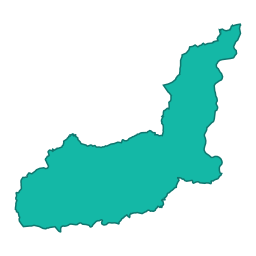 Boita, Sibiu, Romania (Equal Earth projection)
{"feature_id": "2599482B22566018215813", "entity_name": "Boita", "entity_type": "district", "adm_level": 2, "iso_a3": "ROU", "parent_name": "Romania", "parent_adm1": "Sibiu", "projection": "equal_earth", "projection_center": [24.183, 45.583], "detail": "fine", "context": "isolated", "style": "filled", "palette": "teal", "viewbox_px": 256, "rotation_deg": 0, "n_neighbors": 0, "source": "geoboundaries", "source_scale": "gbopen_adm2", "svg_char_len": 5851}
<svg xmlns="http://www.w3.org/2000/svg" viewBox="0 0 256 256"><path d="M240.5,33.4L239.5,28.6L240.0,25.9L240.6,25.1L240.2,24.1L236.3,24.8L233.1,25.8L232.5,25.2L231.5,26.4L231.3,26.4L230.6,28.8L229.9,29.2L230.0,29.8L226.1,30.8L224.1,30.2L222.4,29.1L220.3,29.6L220.5,30.3L219.4,29.8L220.1,32.8L220.2,33.1L220.7,33.1L220.6,33.9L220.5,34.3L219.6,35.1L219.4,35.8L218.4,36.4L217.2,38.8L217.6,39.3L218.0,40.7L214.6,41.4L214.6,41.6L213.4,41.7L213.4,42.4L211.8,43.1L207.8,43.5L204.9,44.7L203.4,43.3L202.6,43.7L201.6,45.0L199.8,45.5L197.8,46.9L195.1,45.0L192.7,46.4L189.7,46.9L189.0,49.7L186.2,53.1L182.1,54.9L182.1,56.4L180.6,60.3L180.6,65.8L180.0,68.8L180.0,71.2L179.6,73.5L179.8,74.3L178.5,75.2L177.2,76.4L176.8,77.2L175.9,78.3L175.7,79.4L172.3,82.2L168.3,84.0L163.4,85.2L168.2,92.1L169.4,93.1L171.3,95.7L171.0,96.0L171.0,99.5L170.5,100.9L168.9,102.3L169.2,106.5L168.8,108.9L167.3,108.3L165.1,110.2L163.9,110.7L163.4,112.0L163.3,114.9L162.0,116.4L162.9,116.8L162.3,117.1L162.5,117.7L161.6,119.6L161.4,121.1L161.9,121.7L161.7,122.2L162.0,122.9L161.8,123.4L163.1,125.0L163.3,126.8L163.3,128.6L163.1,130.5L163.4,131.5L162.2,135.6L161.5,135.4L159.1,135.8L157.7,134.8L154.9,134.7L155.2,133.5L155.0,132.7L152.9,132.6L150.7,130.8L149.6,130.6L148.6,131.4L147.9,131.6L147.1,132.5L141.9,132.7L140.4,133.1L138.9,134.1L137.3,134.2L136.5,135.3L135.4,135.4L134.1,136.4L132.5,136.8L131.3,137.7L130.2,138.0L128.9,138.8L128.4,139.6L127.6,140.3L126.4,140.8L124.7,140.8L123.1,139.8L122.6,139.8L122.2,140.3L121.6,142.3L121.3,142.7L117.8,142.2L114.2,143.6L111.0,144.1L106.8,146.1L105.5,145.9L104.1,146.9L102.4,146.9L101.3,147.5L99.1,147.0L96.7,147.2L96.0,146.8L95.0,145.6L94.4,145.6L92.7,146.2L91.7,145.2L90.6,145.0L87.8,146.1L87.2,146.1L86.1,145.1L81.2,143.7L80.8,143.4L80.5,142.5L79.9,141.6L78.4,140.1L77.8,139.4L77.8,138.0L76.3,136.8L75.6,136.6L75.7,134.9L75.1,134.7L74.2,135.7L73.5,135.8L73.3,135.6L73.4,134.2L72.7,133.9L72.2,134.1L71.7,134.8L70.0,134.9L70.1,136.1L68.7,136.3L68.5,137.5L67.5,138.0L66.9,139.1L63.7,141.2L63.8,142.6L63.2,145.0L62.2,146.0L61.9,147.0L58.4,148.3L57.0,148.3L56.7,149.0L55.6,149.2L54.7,150.1L54.3,150.2L52.8,149.2L52.7,149.7L53.0,151.0L52.8,151.3L51.5,150.4L49.5,150.1L48.4,151.2L48.0,152.0L48.6,152.9L48.6,153.9L49.1,154.9L49.0,155.6L48.6,155.9L47.3,156.4L46.5,157.9L45.7,158.6L45.4,159.4L45.6,160.2L46.4,161.5L46.7,162.5L48.5,166.1L48.2,167.2L47.3,168.3L45.4,168.6L43.8,167.8L39.7,168.4L36.5,169.8L35.1,171.3L33.0,172.8L32.1,173.6L31.3,173.7L29.5,173.0L28.6,173.1L28.0,174.3L27.0,175.4L27.3,176.4L27.2,176.8L26.5,177.2L25.5,177.1L24.5,177.5L22.9,177.4L21.3,179.8L21.0,180.8L21.0,182.4L21.2,183.9L21.1,185.2L21.3,186.0L21.4,188.6L21.0,189.3L19.2,191.3L19.1,192.0L18.6,192.5L18.0,192.9L16.9,192.5L16.1,193.0L16.6,195.3L16.3,197.0L15.8,197.9L16.0,199.2L16.2,199.7L16.8,200.0L16.9,200.6L16.4,201.6L15.9,203.4L15.9,205.1L15.4,208.2L15.6,209.0L15.4,209.3L16.4,210.4L16.6,210.9L16.5,211.7L18.2,212.5L19.1,216.5L19.7,217.1L19.6,218.0L19.1,219.0L19.4,221.1L21.5,224.2L23.4,226.6L29.7,226.0L31.4,226.0L34.0,225.3L39.3,226.5L43.0,228.4L45.6,228.8L46.1,228.7L46.8,228.1L48.6,228.0L49.5,227.5L55.0,226.7L58.1,230.4L59.0,231.3L60.3,231.9L60.7,231.7L60.6,229.1L60.9,227.4L62.0,226.3L62.7,226.2L63.0,225.9L64.4,226.2L66.0,226.0L67.9,225.4L69.4,224.4L70.7,224.0L75.6,224.7L77.2,224.6L78.4,223.6L80.0,222.9L80.9,223.0L82.7,224.2L86.1,224.5L89.0,225.3L89.3,225.5L90.0,226.7L90.8,227.0L92.2,226.2L92.9,224.8L96.1,221.5L97.8,220.7L99.1,220.8L101.2,219.8L101.8,219.9L102.4,220.5L102.2,221.2L101.6,222.4L101.8,223.8L103.1,224.7L104.0,225.0L106.2,224.6L108.3,222.8L109.7,222.7L111.9,223.0L114.8,222.8L117.0,223.3L118.5,223.9L119.0,223.6L118.9,222.7L119.4,221.8L120.9,220.4L121.7,218.9L123.5,217.7L124.8,216.3L126.0,215.7L126.6,215.0L127.4,215.3L128.1,216.5L129.5,217.4L129.8,216.9L129.8,215.3L130.0,214.5L130.9,213.5L131.4,213.8L132.6,213.2L134.7,212.8L135.8,212.9L137.1,212.5L142.1,213.6L145.0,212.0L146.3,211.6L147.2,210.7L148.1,210.2L149.1,210.3L150.5,211.2L151.8,211.0L153.2,211.3L154.1,211.0L155.3,210.2L155.8,208.8L157.2,207.6L157.7,206.4L158.3,206.4L159.9,207.4L160.3,207.3L160.5,206.4L160.8,206.3L161.2,206.5L161.5,207.4L161.8,207.4L162.3,205.7L163.3,204.8L163.5,204.1L162.9,201.2L162.0,200.8L161.7,200.2L162.8,199.3L163.8,199.8L164.9,199.8L165.0,199.3L164.5,198.8L164.3,198.1L165.7,197.1L166.8,195.7L167.3,193.8L167.9,193.2L169.3,192.6L170.7,191.2L172.2,190.2L173.7,188.9L174.5,187.9L176.3,187.3L176.4,185.4L177.8,182.1L179.0,180.4L178.6,179.7L178.7,179.0L177.7,178.3L177.7,177.7L179.5,177.7L180.9,178.0L182.3,179.1L183.7,179.1L184.7,180.5L186.6,181.2L192.0,180.4L192.6,181.1L192.7,182.6L193.5,183.2L196.4,181.9L198.1,181.7L198.7,181.9L199.8,182.8L204.8,183.3L206.4,182.9L208.6,183.0L210.4,183.6L210.9,183.6L211.1,183.3L211.3,182.1L211.1,181.3L211.3,181.1L211.8,180.9L213.1,181.0L214.5,179.9L217.9,178.7L218.9,177.4L219.1,176.8L220.0,175.8L220.8,175.4L221.7,173.5L220.7,173.3L220.0,172.8L219.4,170.6L219.3,168.5L219.4,167.3L219.8,166.3L221.8,164.0L222.1,162.5L221.9,161.2L221.0,159.1L220.3,158.3L218.9,157.2L217.3,156.5L215.5,156.4L214.7,156.5L212.9,157.4L211.2,157.4L209.3,155.6L206.2,153.5L205.2,152.4L204.2,150.4L204.1,148.9L204.7,146.2L205.6,143.5L205.8,140.8L205.3,138.2L204.4,136.0L204.4,134.9L204.5,134.2L206.4,130.6L206.7,129.6L206.9,127.4L207.2,127.4L211.7,122.7L213.1,121.8L213.7,121.0L214.3,118.8L215.2,111.2L215.5,110.8L216.7,110.3L217.6,108.1L217.6,107.0L216.1,103.9L216.4,102.3L217.2,101.0L217.2,100.2L216.9,98.1L215.8,96.0L215.3,92.6L214.7,90.9L214.2,85.6L215.4,83.6L219.4,80.8L221.4,79.9L222.1,78.7L222.6,76.7L221.5,73.6L219.9,71.8L218.3,68.8L217.0,67.7L216.5,67.0L216.3,65.1L216.4,64.3L217.3,63.1L218.1,61.6L220.0,60.2L222.2,59.6L230.3,58.5L233.2,57.9L233.8,57.5L235.0,55.4L236.2,54.1L236.6,53.3L236.4,52.5L236.2,50.6L234.6,49.1L233.8,47.5L233.7,46.4L235.8,41.7L237.7,40.0L240.5,33.4Z" fill="#14b8a6" stroke="#0f766e" stroke-width="1.5"/></svg>